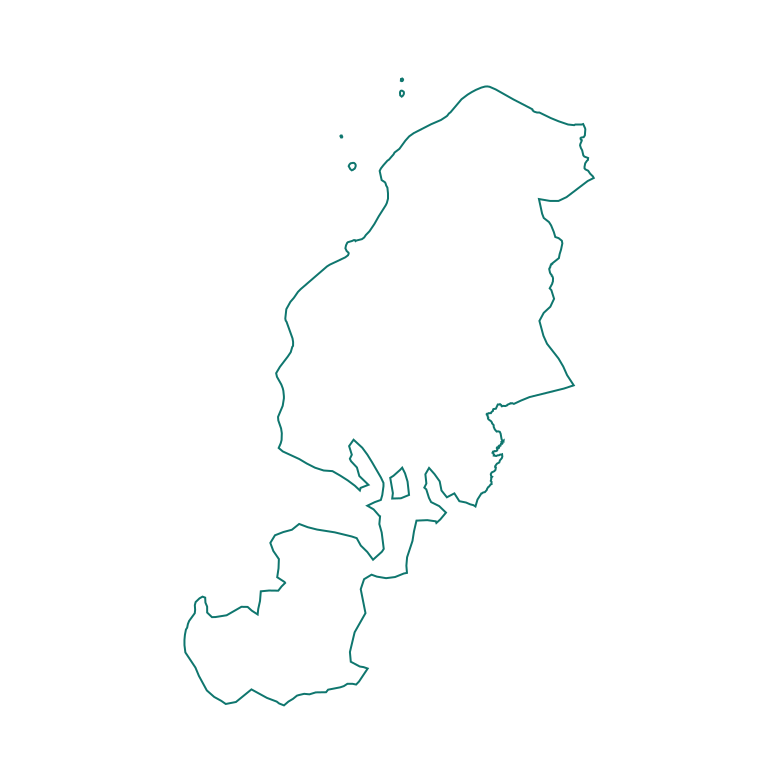 the district of Nias, Sumatera Utara, Indonesia, rotated 259°
{"feature_id": "22746128B114560941686", "entity_name": "Nias", "entity_type": "district", "adm_level": 2, "iso_a3": "IDN", "parent_name": "Indonesia", "parent_adm1": "Sumatera Utara", "projection": "mercator", "projection_center": [97.729, 1.084], "detail": "fine", "context": "isolated", "style": "outline", "palette": "teal", "viewbox_px": 768, "rotation_deg": 259, "n_neighbors": 0, "source": "geoboundaries", "source_scale": "gbopen_adm2", "svg_char_len": 6152}
<svg xmlns="http://www.w3.org/2000/svg" viewBox="0 0 768 768"><g transform="rotate(259 384 384)"><path d="M132.8,146.6L117.0,151.6L109.2,157.6L104.0,163.8L100.1,167.6L100.1,178.0L109.5,195.6L98.2,209.2L92.7,218.1L90.4,220.1L87.6,224.5L90.5,229.6L92.3,234.6L94.7,239.1L94.9,241.2L95.1,246.5L93.6,251.6L94.3,258.2L92.5,268.3L94.6,270.8L94.6,283.1L95.1,286.9L96.7,290.9L95.7,295.9L94.3,299.3L96.7,302.7L107.8,313.7L110.0,309.9L111.3,306.3L117.7,298.4L127.4,299.4L145.9,307.8L162.6,322.1L187.0,322.0L196.2,327.2L199.2,335.4L196.3,340.2L193.0,349.0L192.4,358.0L194.2,367.3L194.2,370.5L201.4,371.3L209.5,373.6L224.5,382.0L233.6,385.3L243.7,389.8L242.1,400.5L239.3,408.7L237.6,408.9L240.3,413.4L245.9,420.3L253.6,414.9L259.1,407.7L263.7,406.4L272.5,405.4L274.6,403.8L278.2,406.6L287.5,407.4L293.0,412.2L285.9,416.4L277.8,420.1L268.5,420.1L260.8,424.1L263.2,432.2L254.6,435.6L252.0,441.9L249.4,445.7L248.0,448.7L246.3,450.4L252.7,453.7L258.0,458.7L257.9,459.2L258.6,460.6L258.6,462.4L260.4,464.7L261.4,465.2L262.9,466.6L263.1,467.3L265.1,469.6L265.2,470.5L267.6,470.9L268.5,470.3L270.5,471.3L271.4,471.2L272.3,472.5L273.2,471.6L275.1,471.6L276.6,472.8L277.4,475.7L278.4,477.0L280.8,477.9L281.4,477.2L282.3,477.6L284.2,479.6L285.0,482.2L286.9,483.2L288.6,485.4L290.1,486.3L292.5,486.5L292.3,485.4L292.6,484.6L292.1,483.3L292.3,481.9L291.9,480.4L292.8,478.1L293.7,478.6L294.3,478.1L295.5,477.9L295.8,477.4L296.8,478.1L296.6,478.9L297.1,479.5L296.7,480.9L297.1,482.3L297.8,482.8L298.5,482.6L299.2,482.9L299.6,482.5L300.1,482.7L300.2,483.5L299.2,483.8L299.3,484.6L299.8,484.9L300.7,484.3L301.1,484.6L301.6,485.4L301.6,485.9L301.1,486.1L301.2,486.6L303.4,487.6L303.4,488.1L302.9,488.7L303.1,488.9L303.6,488.6L304.3,489.1L304.8,488.7L305.0,489.8L304.7,490.3L305.7,490.6L305.3,489.7L305.6,489.3L307.5,488.9L313.0,489.0L315.0,488.5L315.8,486.9L315.8,485.5L318.3,484.1L321.0,483.5L322.7,483.8L324.7,482.6L325.6,482.6L327.0,482.0L329.4,479.8L330.4,479.5L331.4,480.0L332.1,479.5L333.4,479.7L334.2,479.0L334.8,479.0L335.1,479.4L334.8,480.0L335.4,480.9L335.0,483.4L336.1,484.3L336.8,485.8L337.8,486.1L338.5,486.6L338.4,489.1L342.2,491.8L341.8,493.5L342.1,494.0L341.0,495.0L340.1,495.1L339.6,495.4L339.8,496.8L339.2,499.0L339.6,500.9L340.1,501.2L340.6,503.6L341.0,504.4L340.6,504.9L340.8,506.0L339.7,507.7L341.6,515.3L343.4,524.4L345.2,559.8L346.5,570.0L357.8,565.4L366.9,563.3L375.7,560.2L392.4,551.7L400.9,549.7L416.3,548.6L423.4,554.4L428.1,562.0L435.2,567.2L444.2,566.2L446.3,564.9L450.4,568.3L451.5,568.7L452.2,569.3L455.5,570.1L457.5,569.9L458.1,569.3L459.3,569.3L459.8,568.8L461.6,568.2L465.4,568.1L465.7,568.6L466.8,569.0L467.0,569.5L468.7,570.2L469.6,571.7L469.9,571.4L474.2,579.7L478.0,581.2L482.1,583.4L488.0,585.9L490.7,585.9L493.9,583.2L495.6,580.2L500.8,579.7L507.8,578.3L511.4,576.9L516.5,572.5L521.1,571.7L536.0,571.4L532.1,581.7L530.4,590.2L532.6,598.8L544.4,622.7L546.2,629.2L547.9,628.7L551.1,626.5L554.4,625.1L556.2,622.7L557.4,622.0L559.0,622.3L562.2,623.6L564.4,625.8L565.0,626.9L566.9,627.5L569.0,624.1L570.3,623.3L575.6,623.1L578.1,622.3L580.8,622.0L582.1,622.5L585.2,624.6L585.9,624.6L586.4,623.8L587.8,623.8L588.3,624.6L588.2,627.1L589.7,628.6L595.5,630.2L596.6,630.2L601.2,629.1L601.0,627.5L602.2,621.2L601.8,620.1L603.6,614.2L608.6,605.5L613.2,598.5L620.8,588.4L621.3,586.0L622.6,583.5L624.2,582.1L625.0,582.2L625.4,582.0L626.3,580.9L638.6,565.4L651.8,549.9L655.6,544.4L656.4,542.2L656.7,540.0L656.4,536.1L655.2,530.4L653.8,525.8L652.1,521.3L648.7,514.4L638.0,501.1L637.2,499.4L635.2,497.2L634.5,495.7L632.3,490.3L630.0,479.8L624.6,461.1L622.3,456.0L618.8,451.4L611.9,444.0L609.2,438.5L607.5,437.1L605.6,434.6L603.3,431.7L602.6,430.0L598.9,425.2L596.2,422.1L594.0,420.4L584.6,420.6L582.0,423.3L580.8,423.8L578.5,424.0L576.1,424.8L570.4,424.3L565.2,423.3L561.1,421.3L559.1,419.8L549.7,410.9L542.9,405.1L536.7,398.9L533.7,394.6L531.6,392.5L530.4,390.0L530.1,384.2L529.7,383.3L530.8,382.9L531.0,381.8L530.5,380.0L530.1,375.7L529.7,374.9L527.4,373.2L524.6,372.0L521.7,372.7L519.7,374.2L518.7,374.2L517.2,373.2L515.7,370.1L511.5,353.6L510.3,350.5L493.0,320.3L490.8,317.1L485.8,312.0L482.5,307.8L476.1,302.4L467.1,299.6L465.0,299.6L463.7,300.2L446.2,302.9L442.6,302.8L438.8,302.0L438.0,301.1L433.0,298.5L429.3,294.8L420.7,285.1L415.2,280.2L411.5,280.3L403.1,283.1L399.1,283.8L396.5,283.9L391.1,283.4L389.0,283.0L381.9,280.4L371.9,273.7L368.4,273.3L360.0,274.5L355.2,274.3L348.6,272.8L345.5,271.3L341.3,268.4L337.1,271.8L326.5,286.5L320.7,293.0L315.0,300.3L310.6,308.3L308.3,316.8L302.4,323.6L296.3,330.0L289.7,336.0L284.1,340.0L286.5,341.2L288.0,349.5L298.4,342.2L307.2,341.5L314.5,336.9L317.1,336.2L320.7,338.9L329.7,337.9L335.1,343.5L325.6,350.5L317.8,354.2L309.6,357.3L292.9,363.1L287.0,364.6L283.8,364.0L275.3,361.1L270.8,358.8L269.8,352.4L267.7,344.4L262.9,349.9L255.3,354.3L254.9,354.9L247.4,352.7L238.7,353.4L222.2,352.3L219.8,350.0L213.6,339.7L222.4,335.5L229.8,330.4L237.9,327.8L240.5,323.2L247.8,307.3L253.9,290.5L258.0,281.8L262.8,274.0L258.5,265.8L257.9,257.0L256.3,248.1L249.7,242.1L241.2,243.5L232.2,247.4L223.2,245.3L214.7,242.3L208.6,248.6L207.6,249.0L204.8,244.8L201.3,240.8L203.2,231.7L204.0,223.5L194.7,220.9L187.1,217.6L181.9,216.0L186.7,211.0L191.2,207.6L192.5,201.5L187.0,185.4L187.4,173.9L188.0,170.6L193.4,166.8L199.2,167.9L203.5,167.0L208.4,167.7L209.9,165.3L208.8,162.0L205.9,157.5L203.0,156.1L198.3,155.5L195.1,154.5L188.6,147.5L185.8,145.7L182.4,144.3L180.7,142.7L175.7,140.7L170.9,139.3L165.7,138.3L158.4,137.8L141.6,144.8L132.8,146.6ZM275.2,371.9L290.7,372.2L292.1,375.8L296.6,383.4L298.4,385.9L292.3,387.6L283.7,388.5L270.3,387.4L268.6,378.8L270.0,370.2L275.2,371.9ZM605.6,397.7L606.7,396.8L607.0,395.8L607.0,393.3L606.0,391.9L604.6,390.9L601.4,391.9L599.9,393.1L600.2,394.6L600.6,395.0L600.8,396.0L601.6,396.8L603.1,397.7L604.3,398.0L605.6,397.7ZM667.4,458.9L668.6,457.5L668.6,456.4L667.9,455.7L666.7,455.2L664.2,455.0L662.7,456.2L663.5,457.7L665.0,458.9L666.7,459.2L667.4,458.9ZM679.6,460.8L680.4,460.2L680.2,458.9L678.4,458.4L677.9,459.2L677.9,459.9L678.9,460.8L679.6,460.8ZM634.5,390.2L636.0,389.9L636.2,389.2L635.7,388.5L634.2,388.9L634.0,389.7L634.5,390.2Z" fill="none" stroke="#0f766e" stroke-width="2"/></g></svg>